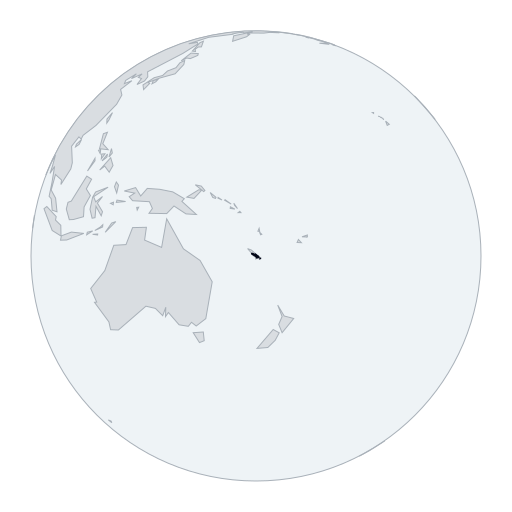 Sud highlighted on a globe, orthographic projection
{"feature_id": "NCL-1259", "entity_name": "Sud", "entity_type": "Province", "adm_level": 1, "iso_a3": "NCL", "parent_name": "New Caledonia", "parent_adm1": "", "projection": "orthographic", "projection_center": [166.304, -21.993], "detail": "fine", "context": "on_globe", "style": "filled", "palette": "ink", "viewbox_px": 512, "rotation_deg": 0, "n_neighbors": 0, "source": "natural_earth", "source_scale": "10m", "svg_char_len": 7097}
<svg xmlns="http://www.w3.org/2000/svg" viewBox="0 0 512 512"><circle cx="256" cy="256" r="225" fill="#eef3f6" stroke="#a8b0b8"/><path d="M307.3,235.0L307.4,236.8L307.1,237.0L307.3,235.0ZM435.3,119.6L433.4,117.1L416.7,98.1L414.4,95.9L425.3,107.4L435.3,119.6ZM334.8,45.0L333.3,44.5L330.2,43.3L334.8,45.0ZM329.9,43.2L328.7,44.3L319.4,43.2L327.0,43.1L325.4,42.2L317.6,40.3L314.3,39.0L308.7,37.6L305.5,36.5L310.1,37.3L309.1,37.1L329.9,43.2ZM306.2,36.4L302.7,35.6L296.1,34.3L297.1,34.5L306.2,36.4ZM369.2,450.8L367.9,451.5L376.9,446.0L384.9,440.8L369.2,450.8ZM387.2,125.4L385.6,121.1L389.3,124.3L387.2,125.4ZM382.8,118.3L383.8,119.8L382.6,118.4L382.8,118.3ZM380.8,117.1L382.2,118.0L380.6,117.4L380.8,117.1ZM378.1,116.1L379.5,116.5L379.4,116.6L378.1,116.1ZM373.6,113.4L372.4,112.6L373.6,112.5L373.6,113.4ZM332.3,44.7L336.1,45.8L333.5,45.2L332.3,44.7ZM308.4,37.7L308.4,37.9L305.5,37.1L308.4,37.7ZM297.9,34.9L293.2,34.0L298.8,35.0L297.9,34.9ZM283.4,32.4L286.0,32.7L293.0,33.8L289.8,33.3L291.0,33.6L279.6,32.0L278.6,32.0L276.5,31.7L283.4,32.4ZM359.3,456.2L359.5,456.1L375.0,447.2L367.4,451.8L367.5,451.7L359.3,456.2ZM276.5,31.7L278.6,32.0L274.6,31.8L279.4,32.8L269.7,32.4L263.9,33.1L250.5,33.0L247.1,34.1L249.5,34.5L246.5,36.8L232.6,41.3L233.7,35.8L252.7,31.8L244.1,32.9L243.0,32.3L238.1,32.8L232.2,34.0L233.4,34.2L208.7,37.3L188.7,43.8L197.4,42.4L197.9,44.0L182.7,53.5L147.6,71.8L147.8,76.8L144.5,81.0L137.0,84.5L141.5,78.5L138.3,77.4L142.1,73.9L131.5,78.6L136.4,73.8L125.7,80.4L124.4,83.6L131.9,80.7L120.6,89.4L121.9,95.0L116.6,104.3L95.9,125.5L83.1,135.3L81.2,139.0L78.9,136.9L71.6,146.2L72.3,162.8L70.8,168.9L60.9,184.5L61.5,180.0L55.5,174.5L51.2,190.0L55.6,198.2L57.0,211.8L52.2,210.2L51.2,198.7L49.1,196.3L51.9,183.0L54.6,166.4L50.0,173.4L52.5,165.9L55.5,154.9L50.0,164.9L45.8,174.9L52.2,160.0L59.6,145.6L68.1,131.8L77.5,118.6L87.8,106.2L99.0,94.5L111.0,83.6L123.7,73.6L137.2,64.6L151.2,56.6L165.8,49.6L180.8,43.6L196.3,38.8L212.0,35.1L228.0,32.5L244.1,31.0L260.3,30.8L276.5,31.7ZM108.3,419.9L111.1,421.1L111.8,422.7L108.3,419.9ZM92.6,234.3L97.7,234.0L97.6,235.0L92.6,234.3ZM87.3,232.2L92.7,230.9L86.7,234.8L87.3,232.2ZM94.8,230.5L100.4,227.0L102.8,224.7L102.6,227.0L94.8,230.5ZM83.8,233.4L66.7,240.0L60.5,240.2L61.4,235.8L71.4,232.1L83.8,233.4ZM61.0,236.0L52.2,230.5L44.0,208.7L46.8,206.5L56.2,216.6L55.5,220.1L60.8,225.3L61.0,236.0ZM84.1,206.9L83.5,216.7L73.5,219.5L69.3,219.7L66.3,209.0L68.0,202.3L71.3,201.1L86.8,176.1L91.6,179.2L86.3,188.9L90.4,195.5L84.1,206.9ZM34.4,215.3L33.1,224.6L32.5,228.4L34.3,216.0L34.4,215.3ZM95.0,160.8L87.5,171.0L95.0,158.2L95.0,160.8ZM100.7,149.6L100.2,153.6L98.5,150.3L100.7,149.6ZM79.1,144.4L75.5,146.9L76.4,144.2L81.6,139.4L79.1,144.4ZM112.5,112.6L108.8,120.2L106.8,123.1L107.0,119.0L112.5,112.6ZM273.2,329.5L279.2,332.8L275.2,340.3L267.8,347.5L257.0,348.4L273.2,329.5ZM199.5,342.6L193.2,332.7L203.3,332.0L204.2,340.7L199.5,342.6ZM278.7,324.4L282.1,316.5L277.7,305.1L284.2,316.0L293.7,318.5L282.1,332.7L278.7,324.4ZM145.9,306.2L118.4,330.0L110.6,329.7L108.9,321.9L94.5,302.3L96.7,302.1L90.7,288.5L104.8,270.6L113.8,245.3L126.0,244.6L132.6,227.6L146.4,227.3L144.6,240.1L161.6,247.4L166.7,218.8L183.4,248.8L200.1,260.5L212.2,281.8L205.8,318.6L196.2,326.0L191.5,322.3L188.3,326.3L179.1,324.8L168.4,312.5L165.5,316.6L165.8,307.2L162.7,315.7L155.4,308.4L145.9,306.2ZM247.6,248.6L251.3,250.0L259.0,256.7L253.0,254.8L247.6,248.6ZM298.4,239.5L301.4,242.7L297.1,242.5L298.4,239.5ZM307.1,237.0L302.0,236.8L307.3,235.0L307.1,237.0ZM259.5,232.1L261.8,234.3L260.6,234.8L259.5,232.1ZM257.9,231.2L259.1,228.3L259.7,231.5L257.9,231.2ZM238.2,212.6L239.8,211.3L240.9,212.6L238.2,212.6ZM105.2,232.3L111.7,223.0L115.8,221.6L105.2,232.3ZM234.9,209.1L230.2,208.4L230.4,206.8L234.9,209.1ZM234.6,205.4L233.8,203.2L237.5,208.6L234.6,205.4ZM225.1,199.7L231.2,204.1L224.6,200.2L225.1,199.7ZM222.0,200.0L217.9,198.1L218.1,197.4L222.0,200.0ZM181.9,201.4L196.4,214.5L186.0,213.9L174.0,206.0L166.7,213.6L149.0,213.3L152.4,208.5L149.4,201.7L132.6,200.7L129.2,196.7L134.7,193.1L124.3,191.0L135.6,187.6L140.7,196.0L147.3,188.4L159.8,189.3L172.8,191.9L184.3,198.7L181.9,201.4ZM136.7,207.4L138.7,207.2L137.2,210.1L136.7,207.4ZM210.2,192.5L216.0,197.3L215.5,198.4L212.8,197.5L210.2,192.5ZM186.8,197.1L198.7,189.8L201.8,190.1L194.0,198.4L186.8,197.1ZM195.3,184.8L201.3,186.1L204.9,190.5L203.7,191.6L195.3,184.8ZM113.5,202.2L113.2,204.8L110.5,203.3L113.5,202.2ZM117.0,200.1L125.6,201.5L116.3,202.4L117.0,200.1ZM93.6,196.7L95.7,201.9L102.5,196.5L97.4,203.1L102.5,211.7L101.2,215.8L96.0,206.3L95.0,217.7L92.1,218.2L90.0,209.3L92.6,197.3L95.6,192.0L108.1,187.2L93.6,196.7ZM116.7,193.0L114.5,186.7L116.3,182.0L118.5,185.1L116.7,193.0ZM109.2,172.2L104.7,166.1L99.7,170.0L110.7,157.7L113.0,165.5L109.2,172.2ZM106.8,157.3L102.0,160.9L107.5,154.0L106.8,157.3ZM101.3,158.8L101.7,154.0L105.0,153.8L101.3,158.8ZM109.0,157.0L111.5,148.6L112.3,153.0L109.0,157.0ZM102.8,143.7L108.2,149.7L99.5,148.7L103.4,133.7L107.4,132.3L102.8,143.7ZM152.0,83.8L153.3,80.6L158.1,79.3L155.8,81.8L152.0,83.8ZM175.1,73.8L159.9,78.0L147.9,82.4L149.7,83.4L143.6,89.6L143.0,84.9L154.2,77.7L162.6,75.5L167.5,71.0L176.0,67.7L179.9,62.8L184.7,60.5L183.8,64.5L175.1,73.8ZM181.2,60.8L191.0,53.1L198.3,53.6L197.8,55.4L190.3,58.6L186.8,58.0L181.2,60.8ZM195.5,51.5L192.3,51.1L199.9,42.7L203.4,41.2L201.4,46.9L198.3,47.0L195.1,49.3L195.5,51.5Z" fill="#d9dde1" stroke="#a8b0b8" stroke-width="1"/><path d="M255.2,254.2L255.3,254.1L255.6,254.3L255.8,254.5L256.0,254.6L256.2,254.8L256.3,254.8L256.5,255.0L256.8,255.3L256.7,255.3L256.8,255.4L257.0,255.5L257.3,255.8L257.3,255.7L257.5,255.8L257.4,255.9L257.4,256.0L257.5,256.0L257.8,256.1L258.1,256.2L258.3,256.3L258.4,256.5L258.5,256.7L258.5,256.8L258.7,257.0L258.6,257.3L258.4,257.4L258.4,257.5L258.2,257.6L258.3,257.5L258.2,257.5L258.1,257.4L257.9,257.3L258.0,257.3L258.0,257.2L257.9,257.2L257.9,257.3L257.9,257.5L258.0,257.5L257.9,257.5L257.7,257.6L257.6,257.4L257.5,257.2L257.4,257.3L257.3,257.2L257.2,257.2L256.9,257.1L257.0,257.0L256.9,257.0L256.8,256.9L256.7,256.9L256.7,257.0L256.5,257.3L256.5,257.2L256.4,257.0L256.3,256.9L256.5,256.9L256.5,256.7L256.4,256.7L256.3,256.8L256.2,256.8L256.0,256.7L255.9,256.6L255.7,256.6L255.6,256.4L255.4,256.4L255.4,256.2L255.5,256.1L255.4,256.1L255.4,255.9L255.2,255.8L255.2,255.7L255.0,255.8L254.9,255.8L254.8,255.7L254.7,255.7L254.4,255.5L254.2,255.5L254.2,255.4L254.3,255.4L254.2,255.4L254.2,255.2L254.1,255.3L254.0,255.2L253.9,255.0L253.9,254.9L253.9,255.0L253.7,255.1L253.1,254.8L253.0,254.7L252.9,254.6L253.0,254.5L252.9,254.5L252.7,254.6L252.3,254.4L252.2,254.3L252.2,254.2L251.9,254.0L251.8,253.9L251.7,253.7L251.8,253.5L251.9,253.4L252.0,253.4L252.3,253.4L252.5,253.5L252.8,253.8L253.0,253.7L253.1,253.8L253.3,253.8L253.4,254.0L253.5,254.0L253.8,254.2L254.0,254.2L254.2,254.3L254.3,254.3L254.5,254.4L254.8,254.5L255.0,254.5L255.0,254.4L255.2,254.2L255.2,254.2ZM260.4,258.3L260.5,258.4L260.5,258.5L260.5,258.4L260.4,258.4L260.4,258.5L260.0,258.6L260.1,258.3L260.1,258.2L260.3,258.2L260.4,258.3ZM257.8,257.6L258.0,257.7L257.9,257.7L257.8,257.8L257.7,257.8L257.7,257.7L257.8,257.7L257.8,257.6Z" fill="#0f172a" stroke="#020617" stroke-width="1.5"/></svg>